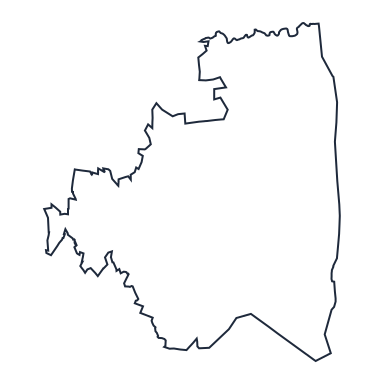 Ehlanzeni, Mpumalanga, South Africa
{"feature_id": "47623444B37290189898198", "entity_name": "Ehlanzeni", "entity_type": "district", "adm_level": 2, "iso_a3": "ZAF", "parent_name": "South Africa", "parent_adm1": "Mpumalanga", "projection": "robinson", "projection_center": [30.857, -24.99], "detail": "fine", "context": "isolated", "style": "outline", "palette": "slate", "viewbox_px": 384, "rotation_deg": 0, "n_neighbors": 0, "source": "geoboundaries", "source_scale": "gbopen_adm2", "svg_char_len": 5644}
<svg xmlns="http://www.w3.org/2000/svg" viewBox="0 0 384 384"><path d="M318.6,23.6L314.1,24.0L313.0,23.8L312.3,24.0L311.2,24.0L310.7,23.8L310.1,23.9L309.8,24.2L309.6,24.6L309.7,25.0L309.7,25.6L309.4,25.9L309.1,26.0L308.3,26.1L307.9,26.0L307.2,25.7L306.7,25.2L306.3,25.1L305.7,24.8L305.3,24.2L304.7,23.9L304.0,23.2L303.7,23.1L303.1,23.0L302.2,23.4L301.8,23.6L301.3,24.2L300.6,24.8L300.0,25.5L299.5,25.8L298.8,26.8L298.5,27.0L297.4,27.7L297.1,28.1L296.9,28.6L296.9,29.3L297.2,30.5L297.3,31.0L297.4,31.5L297.5,32.7L297.2,33.9L296.6,34.5L295.8,35.1L294.8,35.7L292.3,36.2L290.7,36.2L289.7,36.1L289.2,35.7L289.0,35.4L288.8,34.5L288.6,34.2L288.5,33.8L288.4,33.4L288.0,32.1L287.9,31.4L287.8,30.8L287.7,30.4L287.6,29.7L287.2,29.0L286.7,28.7L286.2,28.5L285.2,28.6L283.3,28.9L282.3,29.2L281.5,29.5L280.7,30.1L279.7,31.4L279.3,31.9L279.0,32.3L279.0,32.9L279.0,33.7L278.8,34.1L278.5,34.6L277.7,35.5L277.4,35.6L276.9,35.6L275.8,35.0L274.8,34.1L274.3,33.2L273.9,32.4L273.5,31.9L273.1,31.7L272.0,31.8L270.7,32.1L270.2,32.4L269.9,32.8L269.7,33.3L269.6,33.7L269.5,34.7L269.4,35.2L268.7,35.5L267.8,35.7L267.4,35.7L266.2,35.3L266.0,35.0L264.7,33.4L264.0,33.0L263.3,32.8L262.3,32.4L260.6,31.5L259.1,31.2L257.8,31.1L257.4,30.9L256.4,30.1L256.1,29.7L255.7,29.5L254.7,29.7L254.7,30.3L254.7,32.6L254.4,33.2L254.0,34.0L253.3,34.9L252.9,35.3L251.7,35.6L251.1,36.0L250.1,36.7L248.7,37.5L248.2,37.5L247.7,37.2L247.4,36.6L247.1,35.7L246.9,34.9L246.4,34.8L245.8,34.9L245.0,35.8L244.2,36.9L243.8,37.6L243.0,38.1L241.5,38.4L240.5,38.7L239.7,39.2L238.9,39.5L238.2,39.6L237.4,40.0L236.9,40.1L236.3,39.8L235.8,39.5L235.1,38.8L234.6,38.5L233.9,38.4L233.5,38.6L232.6,39.5L232.0,40.5L230.8,41.9L229.2,42.9L228.2,43.1L227.8,42.9L227.5,42.5L227.1,41.2L226.9,40.0L226.8,38.7L226.5,38.1L226.1,37.4L225.5,36.7L225.0,35.8L224.1,34.8L222.9,33.8L222.3,33.5L221.6,33.3L220.9,33.1L220.5,32.8L220.2,32.5L219.5,31.7L219.2,31.4L218.7,31.4L218.3,31.5L216.8,32.0L216.5,32.3L216.1,32.7L215.8,33.6L215.8,34.2L215.7,34.5L215.8,35.1L215.8,35.6L215.6,36.0L214.9,36.1L214.6,36.2L213.2,37.2L212.9,37.5L212.6,37.7L212.4,37.8L210.4,38.5L210.1,38.5L209.8,38.4L209.1,37.8L208.9,37.7L208.5,37.6L208.2,37.6L206.7,37.9L205.8,38.0L205.4,38.2L204.9,38.7L204.7,38.8L203.9,39.0L202.8,39.5L202.2,39.8L201.5,40.1L200.8,41.2L200.5,41.4L200.3,41.5L203.5,42.0L208.5,41.3L207.7,46.1L205.0,45.8L206.6,50.6L202.6,54.1L198.3,57.5L199.0,65.0L199.8,71.7L199.4,78.3L199.2,80.1L205.9,80.4L213.1,79.5L215.0,78.9L220.0,77.2L220.9,78.9L224.1,84.3L226.0,87.4L214.2,89.1L214.2,99.4L220.4,97.6L222.8,101.6L227.7,109.7L223.7,119.3L220.8,119.5L215.3,120.0L207.1,121.0L205.4,121.1L203.5,121.3L198.9,121.7L191.7,122.7L185.3,123.6L184.6,113.5L178.7,114.1L178.0,114.2L172.7,116.3L166.2,112.2L162.7,110.0L162.2,109.7L160.2,107.5L156.4,103.2L152.3,109.6L152.6,117.9L152.4,122.3L152.3,128.1L148.1,124.4L144.9,130.6L145.2,131.0L149.3,137.9L150.8,144.3L145.8,148.8L144.8,149.4L138.8,149.1L138.4,153.2L142.8,155.9L141.6,162.1L138.6,169.0L136.2,167.5L134.7,172.2L130.9,174.6L130.7,174.7L130.8,179.7L128.2,176.3L125.6,177.0L118.6,179.3L118.5,180.9L118.6,181.0L118.6,181.6L118.5,182.9L118.3,185.8L117.5,185.0L116.9,184.2L115.2,182.3L112.2,178.9L110.2,170.9L108.4,169.3L103.3,168.4L103.4,168.7L103.4,168.8L103.3,169.3L103.4,169.6L103.3,170.1L103.4,170.5L103.5,170.5L103.9,170.3L104.0,170.3L104.2,170.5L104.3,171.0L104.6,171.5L104.5,171.8L104.2,172.0L98.2,168.4L98.0,171.2L98.1,172.3L98.0,174.1L92.7,172.6L91.9,172.3L91.6,172.5L91.8,173.1L91.8,173.4L91.8,173.6L92.1,173.8L92.1,174.1L91.6,174.0L91.5,174.4L91.3,174.2L91.3,173.8L90.0,171.5L82.6,170.6L75.7,169.6L74.8,169.4L72.9,180.6L71.9,188.5L71.9,189.0L72.0,191.8L73.0,191.9L73.0,193.5L74.9,197.4L75.6,198.8L75.8,199.7L70.1,198.3L68.6,199.0L68.6,208.7L68.0,208.9L68.0,214.3L64.7,213.8L60.3,214.6L60.2,211.7L55.4,207.4L51.5,204.3L51.5,207.8L44.2,209.0L46.5,214.3L48.0,217.8L48.7,232.3L49.1,232.3L48.6,235.4L47.4,240.4L48.2,250.6L46.0,250.2L46.4,253.0L51.0,255.2L57.3,246.0L59.3,242.8L62.1,239.6L62.6,238.0L63.4,238.0L64.8,234.2L63.9,234.1L64.7,231.4L65.4,229.2L67.7,233.2L67.9,234.8L72.6,238.3L73.2,239.6L74.2,239.3L74.7,239.8L74.6,242.8L75.3,244.2L75.6,242.9L76.6,245.3L74.4,247.2L75.0,248.6L76.9,253.3L78.0,254.1L79.5,254.9L80.0,252.1L83.5,253.4L82.9,256.9L81.7,262.4L82.3,262.2L80.3,266.0L80.6,266.4L81.8,268.1L83.4,270.1L85.1,272.8L87.4,269.4L90.7,268.1L95.3,273.0L97.8,276.1L103.1,268.7L103.2,268.8L107.4,264.5L105.0,257.4L108.3,252.6L111.9,251.4L110.9,257.4L111.1,257.7L112.4,262.3L113.4,262.4L116.4,269.3L116.5,270.9L119.3,269.1L120.7,273.3L123.7,271.7L125.5,271.9L126.4,272.2L127.4,273.7L128.2,273.6L128.6,274.2L127.3,276.9L127.0,277.4L124.1,283.3L125.1,286.4L128.9,286.6L129.9,286.9L131.6,286.0L132.7,286.4L135.2,292.7L138.3,299.0L137.3,300.3L135.8,300.7L134.8,303.3L143.0,306.3L140.3,312.9L152.7,317.7L152.3,318.9L151.6,320.7L152.3,322.9L153.6,325.6L155.5,327.3L155.4,327.8L155.1,328.2L155.5,331.3L156.8,332.8L158.1,335.9L157.6,336.8L158.6,337.9L161.9,338.1L164.4,339.0L165.7,340.4L165.4,345.8L164.2,346.9L169.5,348.7L173.9,348.5L180.2,349.5L186.5,350.1L189.0,347.3L193.0,343.0L196.7,338.6L197.2,341.6L197.4,346.4L199.1,348.3L209.2,347.8L228.9,329.2L236.4,318.0L250.9,313.9L268.6,326.7L277.7,333.5L315.6,361.0L330.8,353.2L324.7,334.4L331.6,309.7L334.1,306.9L335.6,301.6L335.6,298.4L334.9,291.6L334.2,281.7L332.1,281.3L331.5,279.0L331.6,276.2L331.6,273.1L331.8,271.7L331.9,270.1L333.3,266.9L333.2,266.8L333.2,266.5L333.3,265.9L333.5,265.4L336.8,258.6L337.0,258.2L337.0,257.6L338.1,245.5L339.1,234.0L339.5,224.3L339.8,215.8L339.3,204.6L337.3,181.1L334.9,141.7L336.4,122.5L337.1,102.3L333.4,76.8L332.5,76.0L322.0,56.7L319.0,26.4L318.6,23.6Z" fill="none" stroke="#1e293b" stroke-width="2"/></svg>